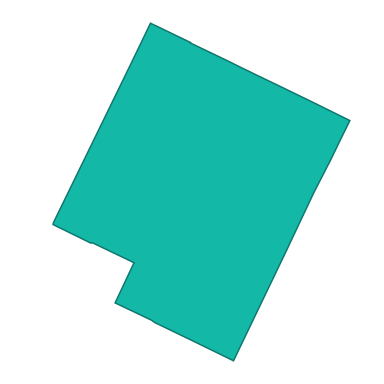 outline of Sedgwick, Kansas, United States of America, rotated 296°
{"feature_id": "52423323B55093132194862", "entity_name": "Sedgwick", "entity_type": "district", "adm_level": 2, "iso_a3": "USA", "parent_name": "United States of America", "parent_adm1": "Kansas", "projection": "natural_earth1", "projection_center": [-97.425, 37.693], "detail": "fine", "context": "isolated", "style": "filled", "palette": "teal", "viewbox_px": 384, "rotation_deg": 296, "n_neighbors": 0, "source": "geoboundaries", "source_scale": "gbopen_adm2", "svg_char_len": 497}
<svg xmlns="http://www.w3.org/2000/svg" viewBox="0 0 384 384"><g transform="rotate(296 192 192)"><path d="M58.5,303.3L178.0,302.6L244.8,301.8L274.5,302.4L281.5,302.6L303.0,302.5L325.4,302.6L325.5,280.4L325.6,258.2L325.5,213.9L325.4,199.1L325.4,184.3L325.4,176.8L325.5,169.4L325.2,125.2L325.7,125.2L325.5,80.7L280.5,80.9L103.6,80.9L101.8,81.4L101.7,123.1L102.7,125.2L103.0,170.9L58.6,171.5L59.0,212.0L58.3,215.7L58.5,258.8L58.5,303.3Z" fill="#14b8a6" stroke="#0f766e" stroke-width="1.5"/></g></svg>